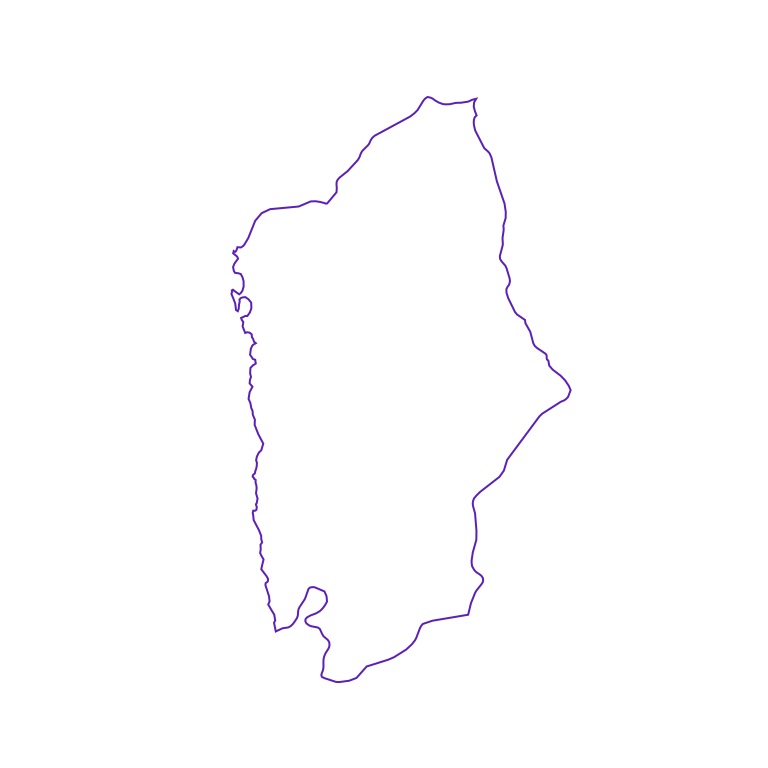 an SVG outline of Áncash, rotated 16°
{"feature_id": "PER-577", "entity_name": "Áncash", "entity_type": "Department", "adm_level": 1, "iso_a3": "PER", "parent_name": "Peru", "parent_adm1": "", "projection": "natural_earth1", "projection_center": [-77.843, -9.38], "detail": "fine", "context": "isolated", "style": "outline", "palette": "violet", "viewbox_px": 768, "rotation_deg": 16, "n_neighbors": 0, "source": "natural_earth", "source_scale": "10m", "svg_char_len": 4360}
<svg xmlns="http://www.w3.org/2000/svg" viewBox="0 0 768 768"><g transform="rotate(16 384 384)"><path d="M348.2,651.7L344.1,643.8L344.6,641.3L342.1,636.0L338.5,632.7L333.5,627.9L333.9,624.4L331.9,619.6L328.4,614.4L325.5,610.1L325.1,608.1L326.7,606.0L326.4,603.5L324.2,601.2L317.1,595.9L316.8,591.7L316.6,585.9L313.1,582.5L311.5,580.5L311.1,577.0L309.6,572.5L310.5,569.9L308.7,566.8L307.8,563.8L304.2,559.1L296.2,550.7L294.5,546.3L293.3,544.0L293.2,541.8L294.8,541.5L296.0,540.2L295.7,537.5L294.0,534.9L294.5,533.5L294.2,530.9L294.1,529.1L291.1,524.3L290.3,519.2L289.3,516.8L287.6,513.9L287.1,511.6L285.1,510.8L284.5,509.8L283.4,509.4L283.1,508.2L283.4,507.0L284.5,505.7L284.3,503.3L284.5,500.8L284.3,498.0L283.5,494.6L282.1,492.6L281.8,488.9L282.6,484.5L284.3,481.5L284.4,474.6L277.0,466.9L270.9,458.9L269.7,453.8L266.5,449.9L265.0,446.0L263.1,443.8L260.9,439.3L257.9,435.6L257.1,428.9L258.3,422.8L254.7,420.5L254.0,416.9L254.2,413.9L252.4,410.7L251.2,405.4L252.7,402.4L255.1,399.7L253.5,396.2L251.1,396.1L247.2,392.8L246.3,386.8L246.9,383.1L248.3,381.4L249.5,380.1L247.4,379.2L245.7,376.7L244.2,375.5L243.1,372.7L240.7,371.7L238.1,372.0L236.5,373.2L232.2,367.6L232.0,365.6L231.6,363.1L229.8,361.8L228.4,359.9L230.1,358.5L231.8,356.9L233.9,356.3L235.4,352.0L235.6,347.6L233.9,342.4L230.4,339.9L226.7,338.7L223.9,339.9L222.4,341.1L221.8,342.8L222.6,344.6L222.7,347.3L223.6,351.7L223.4,354.3L221.3,353.6L218.8,347.6L215.2,342.8L212.5,339.5L212.6,337.2L211.9,336.0L212.8,335.0L215.7,336.2L220.1,337.7L221.3,336.0L222.2,333.4L222.2,328.9L220.6,323.7L218.6,320.5L216.1,317.8L213.5,317.7L210.1,318.2L208.5,316.7L206.7,313.2L207.0,309.6L208.3,306.0L209.2,303.8L207.6,301.9L203.0,300.0L202.9,297.6L204.4,298.1L205.3,296.6L205.4,292.9L208.8,292.2L210.5,290.3L211.3,288.6L213.3,281.2L215.2,262.6L219.3,253.5L226.4,247.3L253.1,236.9L263.2,228.7L267.8,227.2L272.5,226.6L277.3,226.5L278.1,226.7L279.6,226.1L285.5,212.8L284.7,209.0L283.3,205.1L282.8,202.9L283.1,200.6L284.4,197.8L290.4,189.3L297.1,175.9L297.7,173.8L298.0,171.9L298.1,169.7L298.4,167.8L299.0,165.7L303.1,158.4L303.6,156.5L304.1,152.9L305.0,150.4L306.6,147.9L335.6,119.5L338.7,115.2L340.8,111.3L343.8,100.6L345.0,98.1L346.8,96.1L349.9,95.9L352.3,96.3L354.5,97.2L358.7,98.3L363.5,98.7L366.5,98.1L370.1,96.9L375.7,93.9L380.5,92.4L387.2,89.3L390.4,86.5L394.0,84.4L393.0,88.4L393.8,92.6L396.0,96.4L399.0,100.3L397.7,102.5L397.6,105.2L398.2,107.9L399.1,110.4L401.9,115.3L415.4,129.7L419.4,131.6L421.2,132.6L422.4,133.7L424.8,136.6L436.6,158.0L450.1,177.3L453.6,185.0L455.2,190.9L455.1,198.9L456.1,201.3L456.7,203.7L457.7,211.1L459.6,216.5L459.9,218.4L460.1,229.1L461.2,231.9L463.2,233.7L468.0,236.8L470.0,239.1L475.6,247.8L476.8,250.6L476.9,253.9L476.0,256.5L475.5,259.1L476.6,262.5L479.8,267.3L490.2,278.8L492.7,280.5L501.9,283.6L503.2,286.6L510.2,293.5L516.3,303.7L518.4,305.8L520.9,307.1L530.9,310.4L532.1,311.2L532.8,312.7L533.2,314.2L533.9,315.5L535.5,316.2L537.8,320.8L542.2,323.7L551.6,327.4L557.1,330.6L562.1,334.8L565.1,338.5L564.5,345.7L563.3,348.0L561.9,349.9L558.8,352.4L544.2,369.0L542.3,372.3L523.3,422.9L523.1,434.2L520.6,441.4L506.2,461.1L503.6,465.7L502.0,469.4L501.9,471.9L502.1,473.9L503.0,476.4L507.2,483.3L513.3,499.5L515.7,508.3L515.8,521.5L516.9,529.7L517.9,532.7L519.1,535.1L522.0,537.9L523.7,539.0L525.6,539.8L528.0,540.5L530.3,541.4L532.5,543.2L533.4,545.3L533.6,547.2L533.0,549.3L529.6,557.6L529.1,560.0L528.0,570.7L528.5,582.6L495.8,598.2L487.4,604.0L486.5,606.1L485.9,608.4L485.0,619.2L484.5,621.7L482.5,626.6L478.5,633.2L469.0,643.8L464.3,647.7L445.2,660.3L438.6,674.1L432.4,678.8L422.8,683.0L419.9,683.6L408.4,683.2L405.1,682.7L404.0,681.1L403.9,679.1L404.2,676.6L404.1,674.2L403.6,671.9L402.3,667.6L401.8,665.4L401.6,663.0L401.7,661.0L402.1,658.6L403.4,654.2L403.8,651.9L403.5,649.7L402.4,647.1L400.5,645.5L395.3,643.1L393.4,641.3L389.9,637.2L387.9,636.4L385.8,636.4L381.2,636.9L378.6,636.7L375.4,635.5L373.8,633.8L373.4,631.8L374.0,630.3L374.4,629.5L377.1,626.8L381.8,623.3L384.6,620.4L385.7,618.8L386.8,616.8L388.3,612.8L389.2,608.9L387.5,604.4L386.8,603.2L383.9,599.8L373.3,598.5L371.1,599.0L368.8,600.2L367.9,601.9L367.4,610.6L367.1,612.9L364.3,621.8L363.9,624.0L364.1,626.2L364.9,629.8L365.0,631.1L364.8,633.1L364.0,635.9L362.5,640.0L361.0,642.5L359.3,644.2L357.6,645.1L354.3,646.5L353.4,647.1L348.2,651.7L348.2,651.7Z" fill="none" stroke="#5b21b6" stroke-width="2"/></g></svg>